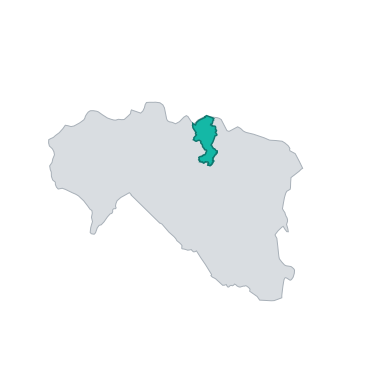 Yatenga, Yatenga, Burkina Faso shown in context, rotated 45°
{"feature_id": "67063806B65280418727437", "entity_name": "Yatenga", "entity_type": "district", "adm_level": 2, "iso_a3": "BFA", "parent_name": "Burkina Faso", "parent_adm1": "Yatenga", "projection": "albers", "projection_center": [-2.148, 13.581], "detail": "fine", "context": "in_parent", "style": "filled", "palette": "teal", "viewbox_px": 384, "rotation_deg": 45, "n_neighbors": 0, "source": "geoboundaries", "source_scale": "gbopen_adm2", "svg_char_len": 7654}
<svg xmlns="http://www.w3.org/2000/svg" viewBox="0 0 384 384"><g transform="rotate(45 192 192)"><path d="M278.8,236.3L269.8,236.7L266.5,237.8L264.5,237.8L264.5,237.0L264.2,236.5L252.8,233.8L244.8,232.3L236.8,230.5L236.3,232.2L235.2,233.3L233.4,233.4L232.2,233.2L231.4,234.5L230.1,236.2L228.2,237.1L226.4,238.2L225.3,239.1L224.6,239.1L222.7,236.9L220.3,236.7L215.7,237.1L213.6,236.5L210.8,236.3L204.1,236.7L193.5,235.9L191.8,236.4L191.3,236.8L180.8,236.9L169.2,237.0L159.5,237.1L151.0,237.2L151.0,236.8L148.3,236.7L148.0,237.5L145.5,246.3L145.2,251.2L146.5,254.2L147.9,256.1L149.6,256.9L149.7,257.9L148.4,259.3L148.5,260.7L150.0,262.2L150.4,263.8L149.6,265.4L149.8,269.3L150.9,275.4L151.0,279.4L149.9,281.3L150.4,284.4L152.5,288.8L152.8,290.7L152.1,291.5L150.3,292.7L148.6,292.6L146.5,290.0L145.6,288.8L144.0,286.0L142.6,283.3L140.6,282.1L138.8,281.0L136.5,277.5L134.3,275.9L132.0,276.3L128.6,275.7L121.7,274.8L114.4,275.0L111.3,275.8L108.3,277.0L100.6,279.7L97.6,281.1L95.3,284.5L92.7,284.4L90.1,283.3L88.4,281.7L85.0,282.0L81.6,280.4L78.4,277.4L76.0,276.4L72.9,274.2L72.1,270.0L70.2,267.1L68.5,263.0L65.9,261.2L62.8,260.2L58.6,260.3L55.9,258.7L53.7,256.3L54.3,254.3L55.4,251.4L55.5,248.6L56.2,244.0L55.9,238.4L55.2,234.4L57.5,232.8L60.2,231.3L61.9,228.7L63.7,222.6L64.5,217.4L64.0,215.5L63.1,213.9L62.5,211.7L62.1,208.9L62.6,206.5L64.7,204.3L67.2,202.5L69.0,201.6L73.8,200.8L79.8,199.5L83.2,197.9L85.8,196.4L87.2,195.2L88.6,192.6L91.0,190.7L92.8,188.7L93.1,183.2L93.1,180.0L91.8,178.3L91.1,176.8L99.9,172.5L100.0,169.5L98.8,166.1L97.1,163.3L96.5,160.9L98.9,158.2L101.1,156.1L102.7,154.3L106.2,151.6L109.8,151.0L113.0,152.0L122.6,158.4L124.3,158.9L126.3,158.4L128.8,156.7L132.1,155.4L133.4,151.1L133.3,144.9L134.0,142.0L135.8,141.5L141.3,142.7L142.7,142.8L144.3,142.4L145.5,141.3L145.5,139.2L145.2,137.4L147.0,131.6L150.3,127.2L157.0,121.8L159.0,120.7L161.4,120.1L173.3,123.9L175.3,123.0L178.2,113.6L181.4,112.7L185.2,112.6L187.7,111.8L189.0,111.1L194.7,107.6L204.6,102.7L209.9,100.6L211.0,99.8L214.8,96.4L219.8,92.4L223.1,91.6L227.5,91.3L230.4,92.0L231.1,93.1L232.1,93.6L237.9,91.9L246.3,94.5L253.5,97.0L253.1,98.7L253.1,101.6L252.5,106.3L251.8,111.8L254.9,115.4L258.5,119.2L259.5,120.7L258.5,124.5L259.2,126.7L261.2,130.4L264.4,135.1L267.8,139.9L270.1,140.5L272.3,140.9L273.6,141.7L275.6,142.6L277.5,143.1L279.2,144.1L280.3,145.2L281.8,148.1L285.5,150.1L288.2,152.0L287.1,153.0L283.9,152.6L280.8,151.8L280.4,153.3L280.3,158.7L280.9,163.3L281.6,163.9L284.7,164.7L292.1,170.6L298.9,176.1L301.1,177.5L304.8,178.0L309.0,178.2L310.7,177.6L314.7,174.7L316.8,174.4L318.8,174.4L319.9,174.9L321.8,177.1L323.7,180.6L324.2,183.2L324.1,184.5L323.5,185.1L320.2,185.8L318.8,186.3L318.5,187.1L319.0,188.8L319.7,189.9L323.3,194.9L328.6,201.6L330.3,203.3L329.4,205.3L326.9,210.7L324.9,212.9L316.3,220.6L312.0,219.8L303.0,221.4L301.7,219.7L299.6,219.5L297.0,219.9L296.0,220.5L295.8,221.3L294.8,222.3L293.2,225.3L291.9,226.1L290.3,226.6L288.4,226.6L287.2,227.0L287.3,228.4L286.9,229.7L285.6,230.4L285.1,231.8L285.2,233.2L284.4,233.9L282.7,233.6L281.7,233.2L280.8,235.0L279.6,236.3L278.8,236.3Z" fill="#d9dde1" stroke="#a8b0b8" stroke-width="1"/><path d="M154.4,124.8L154.0,125.1L148.3,127.7L147.8,129.8L148.5,129.9L146.3,136.1L146.0,139.7L147.1,142.1L144.8,142.9L144.6,143.1L144.2,143.1L144.3,143.2L144.6,143.6L145.4,144.4L145.4,144.5L145.5,144.5L145.8,144.6L145.9,144.8L146.1,145.0L146.5,145.4L147.5,146.0L148.0,146.1L148.4,146.1L148.6,146.2L148.8,146.3L150.8,146.7L152.7,147.0L152.6,147.3L152.7,147.5L152.8,147.8L153.2,148.2L153.4,148.4L154.1,148.5L154.3,148.4L154.5,148.3L154.8,148.5L154.9,152.2L155.1,152.3L155.3,152.4L155.5,152.8L155.6,153.0L155.7,153.3L155.8,153.4L156.0,154.1L156.5,153.9L156.9,153.7L157.6,153.7L158.4,153.5L158.7,153.4L159.0,153.2L159.2,152.9L159.3,152.8L159.7,151.4L160.0,151.0L160.3,150.6L160.4,150.4L160.8,150.2L161.7,150.0L162.4,149.9L162.5,150.0L162.8,150.2L163.0,150.6L163.3,150.9L163.5,151.1L164.0,151.2L164.5,151.2L164.8,151.2L165.6,151.2L165.8,151.3L166.2,151.5L167.4,152.4L167.5,152.5L167.8,152.5L169.4,152.7L169.9,152.5L170.0,152.6L170.2,152.9L170.5,153.0L171.1,153.1L171.4,153.1L171.7,152.9L171.8,152.7L171.9,152.4L172.3,152.3L172.7,152.2L172.9,152.3L173.2,152.5L173.3,152.6L173.5,152.9L173.7,153.3L173.8,153.9L174.1,154.6L174.3,154.8L174.5,155.0L174.5,155.3L174.6,155.5L174.6,156.1L174.7,156.3L174.8,156.6L174.7,156.7L174.5,157.0L174.3,157.1L174.2,157.3L174.0,157.5L174.1,157.9L174.1,158.0L173.9,158.2L173.8,158.3L173.8,158.5L173.7,158.7L173.6,158.9L173.7,159.2L173.9,159.2L174.0,159.3L173.7,159.7L173.7,159.9L173.5,160.0L173.4,160.2L173.4,160.4L173.3,160.6L173.0,160.8L172.7,161.1L172.7,161.4L172.6,161.6L172.6,161.8L172.5,162.0L172.6,162.3L172.4,162.5L172.4,162.8L172.5,162.9L173.2,163.1L173.3,163.2L173.4,163.4L173.5,163.5L174.0,163.7L174.1,163.8L174.2,164.0L174.1,164.3L174.3,164.3L174.4,164.2L174.5,164.1L175.1,164.4L175.1,164.5L175.3,164.4L175.5,164.5L175.8,164.9L175.9,164.6L176.0,164.5L176.4,164.7L176.5,164.7L177.0,164.5L177.0,164.4L177.3,164.2L177.3,164.3L177.5,164.2L177.9,163.7L178.0,163.4L178.3,163.3L178.5,163.4L178.8,163.4L179.0,163.5L179.3,163.5L179.6,163.5L179.8,163.4L180.0,163.1L180.0,162.7L180.1,162.2L180.1,161.8L180.0,161.2L180.3,160.9L180.7,160.9L180.8,160.9L181.1,160.4L181.5,159.9L181.8,159.8L182.2,159.6L182.5,159.5L182.8,159.7L183.0,160.0L183.3,160.0L183.6,160.1L183.3,160.8L183.4,161.0L184.0,161.4L184.1,161.6L184.2,161.8L184.3,161.7L184.5,161.6L184.8,161.4L185.0,161.2L185.7,161.0L186.2,160.5L186.1,160.4L186.0,160.2L186.2,159.8L186.5,159.6L186.5,159.4L186.4,159.2L186.2,159.1L186.2,158.8L186.3,158.8L186.4,158.7L186.5,158.1L186.4,157.9L186.2,157.6L185.9,157.2L185.8,156.9L185.7,156.8L185.7,156.7L185.8,156.6L186.0,156.6L186.1,156.4L185.8,156.3L185.5,156.3L185.5,156.1L185.6,155.9L185.5,155.5L185.4,155.3L185.4,155.1L185.4,154.9L185.5,154.6L185.4,154.6L185.1,154.6L184.9,154.7L184.5,155.0L184.4,155.1L184.2,155.1L184.0,154.9L184.1,154.6L184.1,154.4L183.9,154.1L183.7,153.9L183.6,153.7L183.3,153.6L183.2,153.5L182.7,153.4L182.6,153.0L182.9,152.8L182.9,152.7L182.8,152.2L182.7,151.9L182.4,151.6L182.4,151.4L182.5,150.9L182.5,150.7L182.1,150.0L182.1,149.8L182.1,149.6L182.3,149.3L182.4,149.0L182.4,148.9L182.2,147.7L181.7,147.5L181.5,147.2L181.7,146.8L181.9,146.7L182.1,146.6L182.0,146.3L181.9,146.2L181.6,146.1L181.5,145.9L181.4,145.7L181.1,145.4L180.8,145.1L180.6,145.2L180.3,145.6L180.1,145.7L179.7,145.7L179.4,145.7L178.1,145.5L177.8,145.5L177.7,145.5L177.4,145.6L177.2,145.6L177.0,145.8L176.7,146.0L176.2,146.0L175.7,145.9L175.6,146.0L175.5,145.9L174.8,145.8L174.3,145.6L173.9,145.5L173.6,145.4L173.1,145.3L172.7,145.2L172.3,145.3L171.9,144.0L171.9,143.6L171.7,143.0L171.4,141.9L171.1,141.2L170.9,140.8L170.6,140.1L169.7,138.1L169.1,137.1L168.9,136.7L168.6,136.1L168.6,135.9L168.9,135.5L169.1,135.1L169.3,134.6L169.3,134.3L169.3,134.1L169.2,134.0L169.0,133.9L168.7,133.7L167.3,133.4L166.9,133.3L166.5,133.3L166.3,133.2L166.2,133.1L166.2,132.9L166.2,132.3L166.2,131.8L166.0,131.4L165.8,131.1L165.6,131.0L165.4,131.0L164.9,131.2L164.5,131.3L164.4,131.2L164.4,130.9L164.2,130.7L163.2,130.0L163.1,129.9L163.1,129.7L162.8,129.4L162.4,129.3L162.2,129.2L161.9,129.2L161.7,129.3L161.4,129.5L160.8,129.9L160.5,130.2L159.7,131.0L159.5,130.7L159.3,130.6L159.2,130.6L158.8,130.8L158.6,131.0L158.3,131.1L158.2,131.2L157.9,131.3L157.9,131.2L157.5,131.1L157.4,130.9L157.3,130.7L157.5,130.5L157.7,130.2L157.8,130.0L157.8,129.9L157.9,129.5L157.9,129.4L157.7,128.9L157.5,128.4L157.2,128.1L156.9,127.7L155.8,125.6L155.7,125.4L155.8,125.4L155.7,125.3L155.4,125.3L155.4,125.2L155.3,125.3L155.2,125.3L155.1,125.2L154.9,125.1L154.7,124.9L154.4,124.8L154.4,124.8Z" fill="#14b8a6" stroke="#0f766e" stroke-width="1.5"/></g></svg>